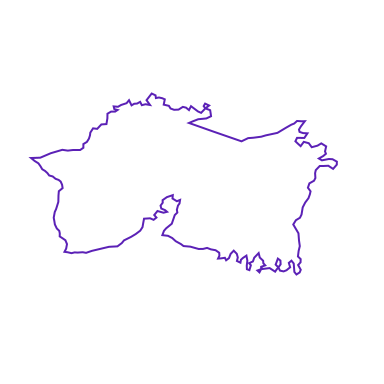 the district of Renascença, Paraná, Brazil, rotated 76°
{"feature_id": "56859067B237930900866", "entity_name": "Renascença", "entity_type": "district", "adm_level": 2, "iso_a3": "BRA", "parent_name": "Brazil", "parent_adm1": "Paraná", "projection": "natural_earth1", "projection_center": [-52.94, -26.22], "detail": "fine", "context": "isolated", "style": "outline", "palette": "violet", "viewbox_px": 384, "rotation_deg": 76, "n_neighbors": 0, "source": "geoboundaries", "source_scale": "gbopen_adm2", "svg_char_len": 3403}
<svg xmlns="http://www.w3.org/2000/svg" viewBox="0 0 384 384"><g transform="rotate(76 192 192)"><path d="M200.5,44.9L197.6,44.1L194.2,47.7L193.1,51.2L192.7,58.3L190.2,60.8L188.9,56.1L187.3,52.8L184.8,53.1L180.2,50.8L176.1,54.8L177.4,59.0L177.5,65.0L172.9,66.9L170.4,71.4L173.8,75.5L170.8,77.5L167.8,79.4L164.9,77.0L166.7,69.9L163.0,65.8L161.7,70.0L159.7,73.1L157.3,73.1L154.7,70.5L150.6,65.4L150.0,68.2L148.5,72.9L150.3,76.3L150.7,79.3L152.4,85.3L155.3,94.8L155.1,100.7L154.9,106.7L155.1,111.4L154.2,119.3L153.3,124.5L154.8,131.7L138.9,156.1L124.3,178.2L123.6,173.9L122.9,168.4L124.1,160.3L123.1,155.2L120.4,154.9L117.0,154.6L114.1,158.8L117.4,164.0L115.3,166.7L108.5,172.2L111.8,175.1L108.7,177.4L107.2,180.3L108.8,185.1L107.9,189.5L105.8,192.6L102.8,193.6L100.4,198.3L95.5,196.0L93.8,198.2L92.3,201.2L92.1,204.3L89.4,204.0L86.7,207.3L91.9,213.9L97.4,211.7L95.6,215.9L95.6,219.7L92.0,220.5L92.9,223.9L92.4,226.7L93.3,229.7L87.7,230.9L90.0,234.0L90.4,239.7L91.4,243.2L90.0,247.3L92.8,247.3L94.4,244.4L95.4,247.2L94.4,251.0L95.6,255.1L100.1,256.3L105.4,258.6L104.5,263.6L107.8,268.7L106.3,272.6L109.8,276.3L112.4,277.3L115.3,279.1L118.0,281.9L119.2,285.8L122.8,286.7L124.2,290.4L123.1,294.6L122.4,297.7L121.8,302.5L119.7,307.6L120.2,319.6L122.0,330.9L120.1,339.9L123.9,337.1L127.0,334.1L130.3,332.8L133.7,331.8L136.0,329.5L138.7,327.7L141.4,326.6L143.2,323.4L146.2,321.2L148.0,318.5L150.1,316.9L153.5,316.3L156.9,316.6L159.0,321.0L163.1,322.4L169.3,324.1L175.7,328.0L178.2,330.0L183.5,332.4L186.9,332.6L190.3,332.9L194.7,332.0L197.6,330.2L200.1,330.3L203.1,331.1L205.7,328.7L208.2,326.5L212.3,325.9L216.5,327.8L219.2,330.2L220.4,327.2L222.2,323.7L222.2,320.5L223.1,317.7L224.0,312.6L225.4,309.5L224.9,303.3L225.1,285.8L226.7,277.5L224.6,272.5L222.5,269.7L220.8,262.0L219.2,256.8L217.0,251.6L214.1,248.5L210.0,246.7L206.3,245.0L207.4,239.0L209.7,236.0L208.2,232.7L205.2,234.2L202.1,230.1L205.2,224.7L205.2,221.0L203.1,222.5L200.6,225.8L197.6,225.8L195.3,223.0L192.8,222.5L190.9,217.6L190.4,211.4L193.6,212.5L197.3,208.9L196.8,205.5L200.1,206.9L201.8,208.9L205.6,211.0L208.4,211.2L210.2,214.3L213.6,216.5L217.9,219.3L221.0,225.9L222.9,228.6L226.7,231.2L228.7,225.9L231.9,222.3L235.8,219.7L239.9,215.3L242.4,213.3L244.6,206.9L247.5,201.8L248.9,199.3L249.9,195.1L249.9,190.9L252.2,187.6L254.2,183.2L257.5,180.3L260.4,180.8L262.9,182.8L263.4,180.0L263.8,176.0L266.5,175.4L265.1,172.1L261.4,169.5L259.0,165.7L262.8,163.5L266.6,163.4L269.8,165.1L272.3,162.1L269.6,160.9L268.3,158.5L266.9,154.6L272.0,154.9L276.8,156.7L280.2,157.4L281.7,155.2L277.3,152.6L274.9,153.8L274.1,149.7L270.8,147.5L267.4,142.1L272.0,142.1L275.9,139.6L278.4,140.0L280.9,138.7L281.3,143.0L283.6,143.6L284.6,135.1L289.4,130.6L287.6,128.6L286.1,126.4L289.6,125.6L291.2,122.3L290.8,119.3L288.8,115.0L284.2,115.2L282.7,112.1L286.0,110.6L294.3,112.0L297.3,110.6L296.1,107.0L293.8,105.3L288.5,106.7L286.5,103.7L283.4,102.8L280.2,104.8L275.0,102.8L270.6,100.5L264.9,99.9L257.8,98.7L248.0,101.6L244.5,98.0L243.1,93.5L240.4,91.2L233.7,88.3L229.6,84.7L226.2,80.5L222.8,78.2L220.0,76.8L215.9,78.5L212.0,76.0L210.6,70.9L208.3,68.9L203.5,68.0L200.7,66.6L197.7,61.8L198.6,58.0L199.5,53.4L203.7,49.5L200.5,44.9ZM286.1,126.4L282.7,128.4L277.4,124.8L279.9,122.8L283.6,123.5L286.1,126.4ZM114.1,158.8L112.2,154.5L109.4,157.9L111.5,159.9L114.1,158.8ZM283.6,143.6L284.0,147.5L286.3,146.0L283.6,143.6Z" fill="none" stroke="#5b21b6" stroke-width="2"/></g></svg>